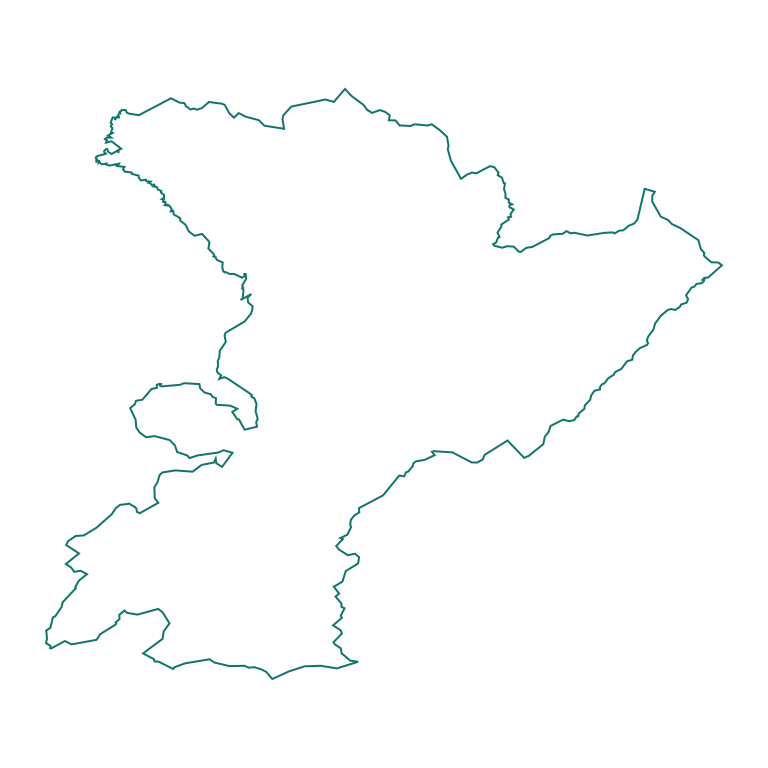 Buncrana Lea-5, Donegal, Ireland (Equal Earth projection)
{"feature_id": "5873133B98241361012994", "entity_name": "Buncrana Lea-5", "entity_type": "district", "adm_level": 2, "iso_a3": "IRL", "parent_name": "Ireland", "parent_adm1": "Donegal", "projection": "equal_earth", "projection_center": [-7.424, 55.085], "detail": "fine", "context": "isolated", "style": "outline", "palette": "teal", "viewbox_px": 768, "rotation_deg": 0, "n_neighbors": 0, "source": "geoboundaries", "source_scale": "gbopen_adm2", "svg_char_len": 6087}
<svg xmlns="http://www.w3.org/2000/svg" viewBox="0 0 768 768"><path d="M272.3,679.0L288.9,671.4L304.6,666.3L320.8,665.8L336.8,668.4L358.1,661.8L350.2,660.6L341.6,653.3L340.9,648.4L334.9,644.4L333.5,642.3L341.9,633.5L340.7,630.4L333.1,625.4L341.9,617.8L340.7,615.8L344.6,608.3L341.4,606.8L341.6,603.7L335.5,596.6L339.1,593.6L333.8,586.7L342.4,581.6L345.8,571.0L358.1,563.5L359.1,557.1L354.9,553.7L347.8,555.2L338.9,549.5L336.2,546.0L342.9,539.1L340.3,538.1L347.5,534.6L351.0,527.2L350.2,524.1L350.9,519.8L354.4,515.4L359.3,512.4L359.0,508.1L383.0,495.4L399.2,475.6L404.2,476.3L406.0,472.3L408.4,471.5L412.7,466.1L413.3,463.4L415.9,461.4L424.5,459.9L434.6,455.2L432.0,451.8L433.5,451.2L452.5,452.4L471.6,462.4L477.0,462.6L482.7,459.6L484.6,454.9L507.5,440.5L524.2,457.9L528.8,455.8L543.3,444.2L544.8,436.6L548.4,432.4L550.6,425.9L563.2,419.6L568.9,421.2L574.2,420.1L576.7,416.4L578.2,416.3L578.8,413.4L584.4,408.8L584.8,405.4L590.1,399.9L591.2,395.4L594.4,390.8L600.1,389.4L599.9,387.4L601.8,384.4L604.3,383.4L608.3,378.2L613.6,374.9L615.1,372.1L621.3,368.9L627.1,361.3L632.3,359.7L632.9,355.5L635.7,351.9L639.9,348.1L647.0,344.9L648.1,343.2L646.8,340.6L648.2,336.5L653.5,329.4L655.1,323.6L660.6,316.0L667.8,309.9L671.4,309.0L675.2,310.0L679.9,306.8L681.0,304.5L686.6,302.7L688.1,299.2L686.0,295.4L691.5,287.6L694.3,286.7L696.5,283.9L701.6,283.2L703.7,281.4L704.3,279.7L702.6,279.7L704.3,277.9L708.2,277.5L721.9,265.3L718.3,262.5L711.5,262.3L705.5,257.3L704.0,255.6L704.3,252.9L700.8,249.0L698.4,240.2L680.4,228.1L671.8,224.0L668.1,220.0L660.8,216.7L652.2,201.5L652.4,195.5L654.8,191.8L644.7,188.8L637.5,219.3L634.3,223.5L628.8,225.7L623.3,230.3L619.1,230.7L614.5,233.5L612.9,232.4L604.7,232.8L587.4,235.5L574.5,232.8L570.6,233.3L566.5,231.1L562.7,233.8L553.1,234.4L550.2,235.9L549.2,238.1L532.6,246.8L526.1,247.9L520.8,251.9L518.9,251.8L513.9,246.7L507.4,246.2L502.2,247.7L494.4,245.8L493.1,244.2L496.1,242.5L498.0,237.7L499.5,237.1L497.5,232.5L501.5,226.4L501.2,224.6L508.9,219.5L508.0,217.4L511.1,216.7L510.5,214.0L513.8,209.5L509.5,207.3L509.5,205.3L512.1,204.3L508.8,202.6L508.9,199.6L505.4,197.8L505.5,193.4L504.0,189.3L505.0,183.4L503.7,183.1L502.0,177.7L497.7,175.2L498.6,172.8L494.2,167.1L489.8,166.2L476.2,173.4L472.2,172.6L467.4,174.4L461.0,178.8L450.9,160.6L447.8,149.4L448.5,145.5L447.0,136.8L439.7,130.1L431.8,124.3L427.6,125.5L414.6,124.3L410.5,126.0L399.6,125.4L395.5,120.4L388.8,120.3L389.8,115.3L385.2,111.9L379.8,110.1L372.1,112.9L367.3,110.0L363.5,104.9L351.8,96.2L344.9,89.0L333.9,101.9L325.5,99.5L291.3,106.6L283.3,115.3L282.5,119.2L284.1,128.8L264.4,125.7L258.7,120.1L246.0,116.8L238.7,113.1L234.0,117.7L229.4,113.4L224.7,104.9L221.9,103.7L208.9,102.0L202.1,108.0L196.9,109.7L194.1,108.5L190.5,109.5L185.8,106.0L184.5,103.2L179.2,102.5L171.0,98.3L138.8,115.2L128.9,113.6L126.8,112.6L125.8,110.1L121.2,109.9L122.0,110.3L119.7,111.7L120.2,113.3L119.3,113.0L117.6,116.4L119.0,116.7L118.7,117.6L116.9,116.9L114.8,120.1L115.5,117.7L112.7,117.5L110.6,122.9L112.1,124.3L110.7,126.3L112.5,128.2L111.0,132.5L112.6,133.0L108.0,135.5L111.2,137.6L106.6,137.6L104.9,139.1L107.0,140.3L106.0,142.6L111.6,141.3L121.2,148.8L117.6,150.4L119.2,152.6L116.8,151.1L111.6,154.0L108.3,151.9L107.1,149.0L105.9,149.2L104.1,151.2L104.7,153.2L106.6,153.6L97.4,156.0L95.7,157.5L97.7,160.6L96.3,160.1L96.4,161.8L99.1,161.0L98.7,163.1L99.8,162.5L101.8,164.3L106.4,163.5L106.1,164.4L109.5,165.6L117.8,163.9L117.1,164.6L118.5,164.4L117.3,166.1L124.5,166.9L123.1,169.1L124.7,171.6L131.6,172.5L131.8,173.9L138.6,175.6L138.7,177.6L141.0,180.5L146.0,179.7L146.4,181.2L150.0,181.6L149.2,182.5L150.3,182.3L149.7,183.0L151.8,184.9L154.1,184.5L154.7,185.9L153.7,186.5L156.6,186.9L158.1,189.7L161.3,190.9L161.0,192.5L163.9,194.8L164.1,197.5L162.1,199.0L163.9,199.1L163.0,201.8L165.3,201.9L165.2,204.2L166.6,204.6L165.5,205.2L169.3,205.6L171.7,209.0L170.7,211.3L173.2,210.9L173.7,214.4L180.2,218.2L180.3,220.7L185.4,224.7L188.9,231.5L194.6,235.8L202.0,233.9L208.5,240.9L209.4,242.7L208.4,248.6L213.4,253.7L214.3,255.3L213.5,256.5L215.6,257.2L216.7,259.8L222.7,262.5L222.3,267.6L223.3,271.5L225.3,272.2L224.3,272.9L225.6,272.1L229.8,274.0L234.2,273.9L242.1,277.7L244.7,276.1L244.3,274.0L245.6,274.0L246.2,278.7L242.2,285.5L243.1,287.8L242.1,288.3L243.5,289.9L242.7,298.5L240.5,300.0L251.4,294.1L247.5,297.6L248.2,302.5L252.6,306.2L252.3,309.9L250.9,313.8L244.6,321.5L225.5,332.8L224.6,335.7L225.8,341.9L219.8,350.8L219.2,357.8L217.8,360.9L218.0,366.6L216.7,369.6L217.4,372.4L221.1,375.4L219.3,378.9L224.2,377.1L227.6,378.6L248.9,392.8L252.0,395.2L251.3,396.3L252.3,397.4L254.3,398.1L256.5,404.1L255.6,411.2L257.7,418.8L256.2,422.2L257.0,426.7L244.6,429.7L239.0,419.5L237.2,419.1L232.3,412.0L237.3,408.8L230.1,405.6L216.8,404.8L215.7,403.5L216.0,398.3L212.4,396.7L210.9,394.3L204.5,392.5L200.2,388.4L199.4,384.1L184.0,383.2L180.1,384.8L161.6,386.4L160.1,385.7L161.0,384.1L159.2,383.9L156.8,384.9L156.9,387.8L151.5,389.0L142.4,399.7L135.9,400.8L135.0,404.0L130.2,408.2L135.6,419.7L136.3,427.6L139.8,432.7L146.1,437.2L154.6,436.1L169.8,440.1L174.9,445.5L177.1,451.9L187.5,455.6L189.5,458.1L197.3,455.5L218.3,452.5L223.6,450.2L232.5,452.8L222.0,466.9L216.3,463.2L215.7,458.7L214.0,462.5L201.7,464.9L192.6,471.7L175.3,470.4L162.3,472.5L159.7,474.9L157.3,482.6L154.4,487.2L154.7,498.1L158.3,502.8L139.8,513.2L136.8,511.8L136.6,508.9L135.2,507.3L129.3,503.7L119.9,504.9L115.7,508.3L111.7,514.3L96.5,527.7L83.9,535.4L75.7,536.0L68.2,541.1L66.1,545.0L79.0,553.4L65.9,564.0L71.1,567.5L74.2,571.8L80.6,570.8L87.0,574.2L79.0,580.5L75.2,587.2L75.9,588.1L62.7,602.2L61.5,607.2L55.2,616.3L52.9,617.4L50.4,627.8L46.2,630.5L47.0,638.5L46.1,643.2L50.6,646.0L50.1,648.1L51.3,648.4L64.9,641.0L71.5,644.4L96.6,639.8L100.2,634.2L115.5,624.6L116.3,623.6L115.6,622.5L119.5,619.1L119.3,614.8L124.5,610.5L126.8,612.8L137.5,614.6L158.2,608.9L162.7,612.4L169.5,623.4L163.7,631.4L162.6,638.8L143.1,653.4L153.8,659.1L154.6,661.5L158.5,661.6L173.2,669.0L174.5,667.2L185.2,663.3L209.5,659.3L214.6,662.6L229.5,666.1L244.5,665.8L248.7,667.7L254.4,667.2L261.1,669.3L266.1,671.8L272.3,679.0Z" fill="none" stroke="#0f766e" stroke-width="2"/></svg>